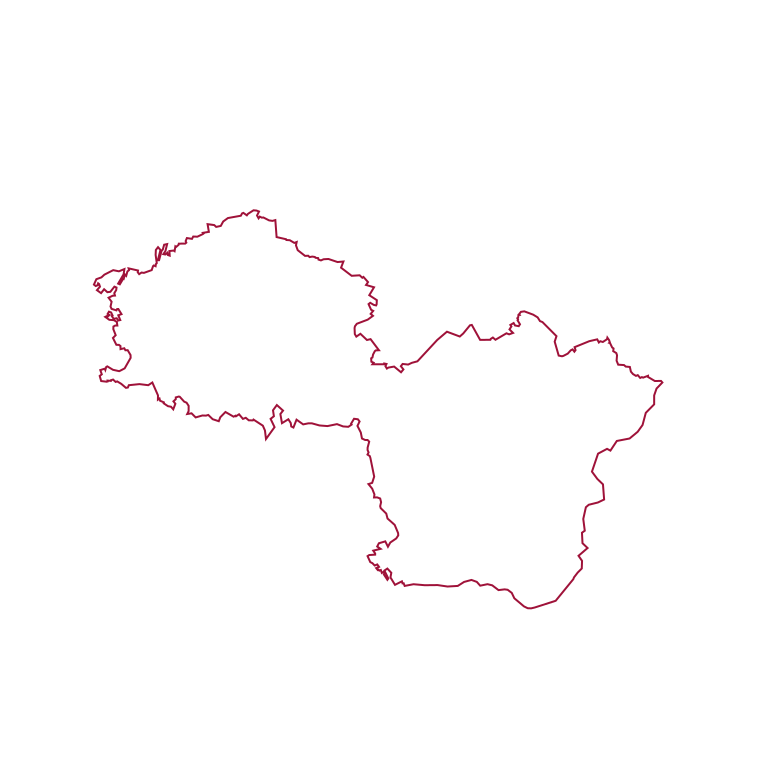 Qalqiliya, West Bank, Palestine (orthographic projection), rotated 226°
{"feature_id": "87354302B40414204592822", "entity_name": "Qalqiliya", "entity_type": "district", "adm_level": 2, "iso_a3": "PSE", "parent_name": "Palestine", "parent_adm1": "West Bank", "projection": "orthographic", "projection_center": [35.101, 32.181], "detail": "fine", "context": "isolated", "style": "outline", "palette": "rose", "viewbox_px": 768, "rotation_deg": 226, "n_neighbors": 0, "source": "geoboundaries", "source_scale": "gbopen_adm2", "svg_char_len": 6166}
<svg xmlns="http://www.w3.org/2000/svg" viewBox="0 0 768 768"><g transform="rotate(226 384 384)"><path d="M224.4,258.6L219.5,266.1L211.0,273.5L202.1,282.9L194.2,289.0L187.5,296.8L186.0,304.1L182.3,310.8L177.2,313.3L172.1,313.1L168.1,319.4L164.0,322.0L156.2,323.2L152.5,328.1L150.1,330.0L145.0,330.8L139.3,328.9L126.8,330.2L122.9,331.6L120.4,334.0L118.5,337.2L108.8,356.9L112.1,384.6L112.9,386.3L113.8,392.3L113.9,398.1L119.2,403.6L125.3,404.6L124.6,416.5L131.6,416.2L139.5,423.1L139.0,426.5L148.5,433.6L155.1,443.6L154.9,447.4L150.2,455.5L148.0,462.1L159.7,471.8L167.4,471.5L176.5,472.7L185.2,489.6L182.4,499.4L178.8,500.6L181.3,511.9L174.2,522.8L173.4,533.3L174.9,541.5L181.4,552.3L181.7,564.2L188.1,570.4L191.4,576.9L191.7,585.3L193.8,585.4L198.0,580.9L205.7,578.8L206.5,579.6L208.6,574.8L209.8,574.3L210.4,572.5L214.1,572.7L214.8,570.9L218.2,570.0L221.4,570.2L225.5,572.7L228.6,570.0L230.9,569.8L235.2,565.9L239.2,567.5L242.8,571.6L244.9,572.6L248.4,571.7L250.1,573.8L251.8,573.5L256.3,575.0L257.1,574.6L257.1,575.4L259.2,576.4L262.2,576.9L261.3,575.5L262.2,570.6L264.5,569.3L264.6,567.4L268.0,568.4L272.2,561.4L278.1,546.7L275.3,545.3L275.0,543.4L277.9,543.7L278.5,541.7L278.2,537.3L279.6,532.6L280.3,531.3L283.1,529.4L295.9,536.2L298.6,541.3L318.5,541.0L320.9,539.9L325.2,540.8L330.2,539.5L338.8,535.4L340.8,532.6L340.4,529.8L339.5,529.6L340.3,528.7L338.5,526.5L338.7,525.6L337.2,525.2L337.0,524.3L332.5,523.3L332.0,521.1L335.1,518.9L337.8,519.6L338.7,515.9L336.9,515.6L336.1,512.2L331.1,512.3L332.8,508.5L335.4,507.3L338.4,494.9L341.8,494.6L342.3,492.1L341.9,491.2L349.0,483.8L365.5,488.2L366.5,486.6L365.3,476.1L365.5,471.5L377.9,465.6L378.7,452.9L377.1,423.8L379.9,418.7L381.2,414.9L385.5,411.3L385.1,408.5L381.0,408.1L380.6,404.4L389.5,403.4L392.8,398.5L393.1,396.8L395.8,397.4L396.7,399.7L398.6,398.4L398.1,397.8L406.2,389.4L406.5,391.3L408.8,390.4L411.4,392.6L411.1,394.1L412.8,396.6L414.0,400.2L413.9,401.4L411.8,403.8L425.6,405.5L427.5,402.3L436.5,401.9L437.3,397.0L440.2,397.7L444.7,401.7L445.7,403.2L446.2,406.3L441.6,417.0L440.7,423.4L443.7,423.1L444.1,427.0L446.4,426.3L452.2,428.4L452.0,430.5L448.0,431.6L446.0,432.9L446.4,434.0L449.3,437.1L458.1,435.1L460.5,444.0L467.7,439.9L468.4,443.3L475.3,443.6L475.5,442.2L479.1,442.0L484.3,435.9L497.5,433.9L500.3,439.9L504.0,435.3L512.5,430.9L515.7,427.2L516.7,424.5L519.0,423.3L520.3,424.1L522.4,422.4L523.4,422.5L525.5,420.9L527.0,418.6L528.9,418.6L531.0,416.2L540.2,414.9L544.9,417.0L546.8,419.8L547.8,417.5L552.9,416.1L555.4,413.8L556.2,414.1L564.3,408.8L577.4,419.7L578.8,417.1L581.5,415.0L587.6,412.9L588.5,411.7L590.7,410.9L590.3,408.9L593.4,409.7L594.9,413.9L597.3,412.8L599.6,410.8L600.9,404.3L600.6,402.5L604.8,401.7L605.3,400.4L604.5,397.9L611.8,387.0L612.6,381.2L611.1,376.4L613.6,372.4L616.2,372.3L621.5,368.1L615.1,363.7L618.5,358.8L617.6,358.7L617.7,357.8L619.6,352.1L622.6,349.2L621.8,346.7L625.9,343.6L624.6,340.6L623.0,340.0L623.1,338.5L627.5,333.9L626.8,332.9L627.0,329.6L627.9,329.5L625.0,325.6L626.2,325.3L628.7,322.0L625.2,319.0L627.0,318.1L628.9,319.3L629.1,316.6L630.7,315.5L631.4,319.0L635.3,325.2L636.9,322.6L634.4,318.3L634.3,316.5L629.3,308.2L630.1,307.3L635.7,316.3L639.4,316.5L638.9,313.0L635.5,309.4L628.8,304.5L628.7,303.1L627.4,301.5L629.2,300.7L629.2,299.7L627.3,296.0L630.7,288.5L632.6,287.0L633.1,284.2L635.5,284.5L636.5,285.9L644.6,280.6L643.0,279.7L643.2,277.6L640.9,273.7L642.7,273.7L640.4,269.7L640.9,269.5L639.2,263.2L640.9,262.5L643.8,272.9L647.0,277.1L649.2,271.6L654.0,268.3L656.9,258.8L657.0,254.8L659.2,249.9L657.0,244.4L654.7,244.7L654.0,246.5L655.0,248.3L653.8,248.5L651.3,247.3L650.9,242.7L645.9,243.6L646.6,248.5L642.2,248.8L640.4,251.2L641.3,257.7L639.2,258.6L637.6,256.6L636.7,253.1L634.5,251.9L636.0,250.1L637.4,245.8L632.4,245.2L629.7,241.1L627.3,240.2L622.8,242.7L623.3,244.1L622.5,245.0L616.6,243.7L618.0,240.6L613.2,238.7L614.3,236.9L617.0,237.4L618.7,234.8L622.0,235.4L621.8,236.3L625.0,237.4L627.1,236.4L626.4,233.9L624.4,234.4L624.4,231.9L625.3,232.0L625.9,230.1L621.0,231.0L617.5,234.1L614.2,234.9L611.3,232.8L612.8,231.2L613.3,229.3L611.5,227.4L605.5,224.9L605.4,221.0L598.1,218.7L596.3,220.5L594.4,220.8L592.1,218.7L590.1,222.0L587.9,221.4L586.4,223.1L580.9,221.8L578.8,219.9L575.4,208.3L576.8,203.5L577.2,202.4L582.5,198.9L588.9,197.2L589.2,196.0L587.7,193.3L589.0,193.8L591.1,189.6L587.0,187.7L587.3,185.1L582.6,182.6L578.3,186.1L577.8,187.0L578.5,187.5L576.0,189.7L576.4,190.2L575.4,192.2L571.9,192.4L571.2,193.9L566.6,195.1L560.5,195.7L559.4,197.3L560.4,199.6L553.8,208.0L546.9,213.6L546.0,218.4L532.8,213.5L529.8,210.5L529.5,212.4L527.5,211.3L523.7,212.9L523.2,212.1L518.1,213.2L515.6,215.0L512.2,214.8L514.7,220.2L517.8,220.5L517.7,223.6L519.0,224.9L517.5,227.7L516.7,228.2L510.1,228.0L507.7,229.0L504.0,228.3L500.2,224.6L499.1,221.6L496.6,225.2L490.8,225.3L487.5,231.5L484.9,234.0L483.8,236.1L477.7,236.3L472.0,239.3L473.8,243.1L474.0,250.5L465.0,253.1L464.3,255.2L463.6,255.1L462.9,258.7L456.9,258.3L455.7,261.1L451.8,261.5L448.9,264.4L449.1,265.4L438.2,267.9L433.3,266.1L426.4,260.9L429.0,275.3L437.7,278.2L437.3,282.4L442.2,285.9L443.3,292.3L435.0,292.9L434.4,288.6L426.7,283.4L425.1,290.7L420.7,289.8L417.9,287.8L415.6,288.6L419.1,296.3L411.1,297.8L408.3,302.2L405.8,304.8L399.0,308.8L393.0,314.1L387.8,322.3L381.9,325.1L378.0,328.6L377.3,332.5L378.3,332.7L379.8,338.3L376.8,340.7L374.0,340.4L372.3,335.8L365.2,333.6L360.1,330.3L356.9,331.5L355.1,333.3L352.8,333.3L349.6,328.0L347.9,326.3L345.5,325.4L344.7,323.1L342.0,323.7L340.2,322.8L324.2,312.6L321.1,306.8L322.8,303.3L316.9,302.8L311.2,300.4L309.3,298.0L307.2,300.3L304.3,301.7L301.0,299.8L298.8,296.4L297.0,295.4L289.2,295.6L284.8,293.1L275.2,293.8L267.0,290.6L265.2,289.1L264.4,285.5L265.6,278.4L264.2,273.8L269.9,275.6L273.0,269.7L271.8,266.2L267.8,267.0L271.6,260.5L268.2,259.9L267.4,259.1L271.2,254.6L271.6,252.6L265.4,250.4L263.2,251.2L259.9,251.2L258.9,253.8L255.9,253.4L257.0,250.5L254.5,250.3L254.3,251.1L253.0,251.0L252.4,252.5L249.6,251.2L249.2,253.1L247.3,252.9L247.1,251.6L240.8,250.4L241.1,252.0L249.5,254.7L248.9,258.2L243.1,258.1L240.4,254.3L231.9,252.4L229.6,259.8L227.7,258.8L227.0,259.7L224.4,258.6Z" fill="none" stroke="#9f1239" stroke-width="2"/></g></svg>